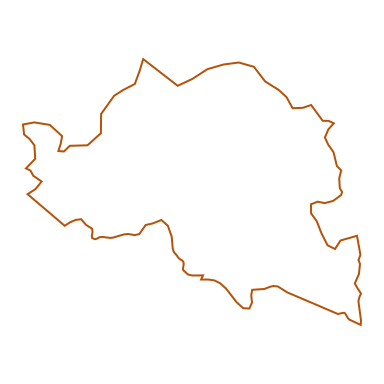 Smolyan, Mercator projection
{"feature_id": "BGR-2236", "entity_name": "Smolyan", "entity_type": "Province", "adm_level": 1, "iso_a3": "BGR", "parent_name": "Bulgaria", "parent_adm1": "", "projection": "mercator", "projection_center": [24.659, 41.628], "detail": "fine", "context": "isolated", "style": "outline", "palette": "amber", "viewbox_px": 384, "rotation_deg": 0, "n_neighbors": 0, "source": "natural_earth", "source_scale": "10m", "svg_char_len": 1700}
<svg xmlns="http://www.w3.org/2000/svg" viewBox="0 0 384 384"><path d="M95.2,239.2L92.3,238.2L91.8,235.9L92.5,232.4L92.2,228.8L86.1,224.9L81.1,219.2L75.7,219.9L69.9,222.4L64.7,225.8L64.6,225.7L27.6,194.2L35.6,189.0L41.6,181.5L33.3,175.8L30.5,170.6L26.0,168.4L35.2,158.8L34.4,145.3L29.7,139.1L24.1,134.5L23.0,124.5L34.4,122.4L49.8,124.9L62.1,136.1L60.7,143.7L58.4,151.0L63.9,151.5L69.8,145.8L87.5,145.3L100.9,133.2L101.1,114.0L114.2,95.7L123.3,89.9L134.8,84.0L139.7,70.7L143.2,59.1L177.7,85.8L192.4,78.9L207.5,69.1L223.6,64.5L238.8,62.5L253.9,66.8L265.1,81.4L278.9,90.1L286.5,97.1L292.6,108.2L302.8,107.8L311.1,105.0L322.7,120.8L328.6,120.9L333.8,123.3L328.4,129.3L324.9,137.5L328.2,144.6L333.5,152.2L336.9,166.0L341.2,170.4L339.2,178.5L339.8,188.1L342.1,192.0L341.0,195.1L333.2,200.9L324.7,203.1L317.6,201.7L311.0,204.3L311.1,213.4L316.7,221.1L321.6,233.6L327.6,245.3L335.0,249.0L340.5,240.5L357.0,235.8L360.4,254.8L358.5,260.1L360.0,263.9L358.9,274.2L354.8,283.4L357.6,288.4L361.0,293.5L359.4,297.1L358.4,301.0L361.0,320.5L360.7,324.9L349.1,319.5L347.9,318.1L345.5,314.0L344.6,312.9L343.0,312.9L337.9,314.0L287.3,292.4L277.9,286.5L273.7,286.0L270.6,286.6L264.2,289.0L252.2,289.8L251.2,295.3L252.0,302.5L249.4,308.5L243.2,308.2L236.5,302.1L226.0,288.5L219.9,283.1L214.3,280.4L208.2,279.5L201.1,279.5L203.0,275.4L192.2,275.5L188.0,274.5L183.2,270.1L183.0,268.5L183.7,264.0L183.4,261.9L182.2,260.5L179.3,258.7L178.1,257.4L176.5,255.0L174.9,253.4L173.6,251.5L172.7,248.1L171.7,236.7L167.9,225.8L161.4,220.0L152.5,223.5L145.7,225.0L139.4,234.0L134.8,235.1L128.2,234.0L123.5,234.5L113.1,237.6L110.3,237.9L102.0,236.9L99.3,237.3L97.3,238.5L95.2,239.2Z" fill="none" stroke="#b45309" stroke-width="2"/></svg>